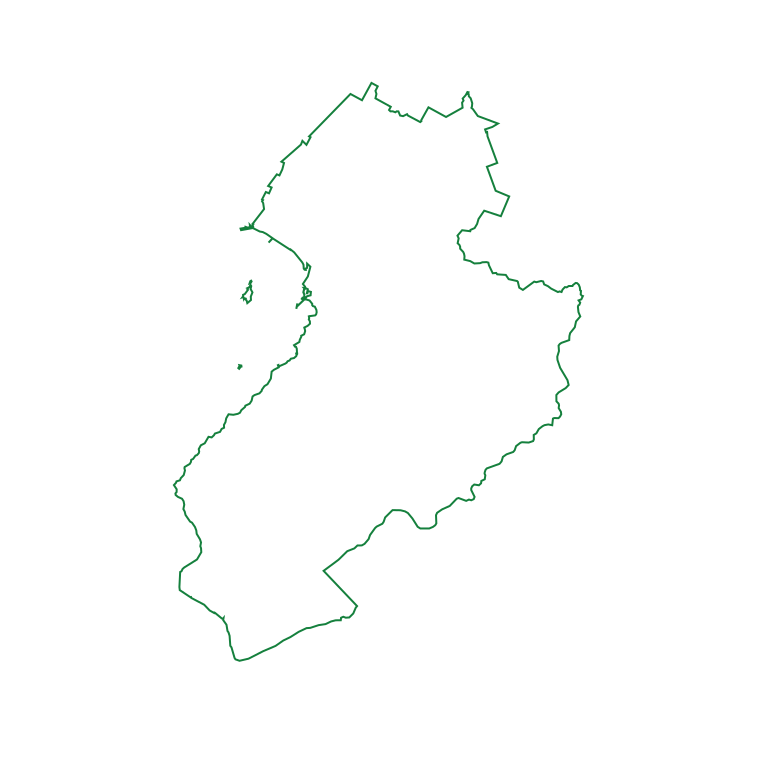 the district of Lower Hutt City, Wellington, New Zealand, rotated 14°
{"feature_id": "76426892B69033052068966", "entity_name": "Lower Hutt City", "entity_type": "district", "adm_level": 2, "iso_a3": "NZL", "parent_name": "New Zealand", "parent_adm1": "Wellington", "projection": "albers", "projection_center": [174.937, -41.285], "detail": "fine", "context": "isolated", "style": "outline", "palette": "green", "viewbox_px": 768, "rotation_deg": 14, "n_neighbors": 0, "source": "geoboundaries", "source_scale": "gbopen_adm2", "svg_char_len": 6139}
<svg xmlns="http://www.w3.org/2000/svg" viewBox="0 0 768 768"><g transform="rotate(14 384 384)"><path d="M555.3,267.2L553.5,262.3L553.5,260.8L554.4,259.9L554.7,257.6L552.6,255.8L555.0,254.1L555.7,250.6L554.8,250.6L553.2,249.5L552.6,246.0L551.7,245.7L550.6,242.8L548.9,240.5L546.9,239.4L545.5,239.6L543.4,242.3L543.2,243.3L539.6,244.2L537.9,246.0L536.1,246.2L534.4,249.2L534.0,251.8L532.0,251.7L530.5,252.7L523.1,251.0L519.4,249.4L515.3,248.6L513.6,246.0L511.6,246.0L507.1,248.4L505.0,248.3L496.0,259.1L491.9,257.8L489.1,252.4L488.2,251.9L479.6,252.1L475.8,248.7L467.3,250.2L466.0,249.1L462.7,250.2L457.1,243.4L455.9,241.0L454.1,240.9L450.0,242.1L448.0,243.5L442.5,245.2L438.0,243.9L431.8,243.9L431.2,240.5L430.1,238.2L428.9,236.7L425.2,234.3L424.6,232.2L423.5,230.8L421.4,229.6L421.2,224.6L419.4,222.3L422.6,215.9L430.7,214.9L430.6,213.6L434.2,210.8L435.6,206.2L435.8,201.0L439.3,191.6L456.8,192.9L460.1,171.7L445.6,169.5L431.3,148.3L440.4,142.1L424.5,118.6L423.1,114.6L422.2,115.2L420.5,112.5L426.9,108.4L431.6,103.7L410.2,101.3L403.8,95.8L402.0,94.9L402.2,93.4L401.7,90.2L399.0,85.8L396.7,84.3L396.1,82.4L395.1,82.4L395.4,80.5L394.3,80.5L393.4,84.0L391.3,88.0L392.6,89.8L391.7,92.1L393.4,96.9L379.6,109.9L360.2,104.8L356.3,119.1L356.7,119.9L355.8,121.1L342.2,117.7L341.1,116.6L337.7,119.5L334.7,119.6L332.0,116.0L330.3,116.4L329.3,117.6L326.5,117.3L324.3,117.9L322.6,116.9L323.5,113.4L306.6,108.9L306.5,104.4L304.8,101.6L305.9,96.7L299.0,94.9L294.0,114.0L281.3,110.7L251.4,161.9L253.0,162.3L250.9,170.7L246.0,167.8L245.5,171.8L230.7,193.1L233.5,193.7L233.4,200.4L232.1,206.9L229.3,206.5L223.7,219.9L227.4,220.5L226.3,226.8L222.9,226.3L221.0,234.5L222.1,234.8L221.5,236.2L223.0,237.7L225.3,243.3L218.1,259.7L218.5,260.3L217.7,260.8L218.8,262.7L216.8,263.2L215.4,262.2L216.2,264.2L212.5,265.7L212.4,265.1L211.5,265.0L211.6,266.0L207.2,267.9L208.1,269.3L219.0,264.4L226.6,266.1L229.6,265.9L233.5,266.8L240.6,269.5L237.8,274.7L240.7,269.6L260.8,276.5L260.9,276.1L265.0,278.0L275.3,285.8L277.0,287.7L278.2,291.4L279.3,292.3L280.5,292.2L280.1,290.9L281.3,289.9L280.3,285.8L284.2,288.0L284.1,298.1L281.1,306.6L283.9,308.7L284.0,309.8L282.9,310.1L283.5,310.5L283.5,314.5L285.6,317.4L283.6,314.1L283.7,310.5L284.4,310.7L284.9,309.9L287.2,310.5L287.2,314.6L287.7,314.5L287.8,312.2L290.8,312.3L291.3,315.7L288.2,317.4L287.1,318.9L285.7,318.6L284.7,317.5L285.6,318.8L287.4,319.1L287.2,319.7L286.8,320.3L284.1,320.4L284.4,319.2L283.3,322.1L284.2,320.5L286.8,320.4L286.1,320.5L286.3,321.0L280.9,329.7L280.4,326.8L280.7,332.3L280.7,330.1L286.4,321.1L288.6,320.8L291.6,321.0L295.0,323.6L295.2,324.8L296.2,325.6L298.2,325.7L300.5,328.5L301.3,330.7L301.3,332.9L300.6,334.1L294.8,336.4L294.3,335.7L295.5,338.2L295.4,339.5L296.9,341.1L297.6,343.4L295.8,346.1L292.4,349.0L293.3,348.8L294.7,351.7L294.5,355.1L292.0,357.2L292.3,358.1L291.6,361.4L291.7,363.7L287.3,368.1L288.6,369.3L289.6,369.2L290.8,370.8L292.3,375.6L290.4,375.8L292.3,375.6L292.1,378.2L290.4,380.6L287.5,382.0L286.7,384.0L284.9,385.3L284.5,386.7L283.4,388.0L277.4,392.6L276.9,391.1L276.5,391.4L277.8,393.3L273.7,396.9L272.0,399.2L272.9,406.1L271.0,412.4L268.5,415.0L266.9,419.1L267.0,420.2L265.4,423.2L261.0,426.1L259.5,427.9L259.6,432.2L258.4,435.6L254.7,438.6L254.7,439.9L251.9,443.9L251.2,446.7L249.4,448.3L245.3,450.3L240.5,451.0L239.2,455.5L239.4,459.4L238.6,462.4L239.4,465.1L237.3,466.9L236.5,470.1L231.9,473.0L231.4,474.9L229.7,477.5L226.5,477.7L224.4,484.9L221.1,487.8L220.0,492.0L221.0,494.2L221.0,495.9L219.7,498.3L218.4,499.1L216.9,502.9L215.3,504.2L215.5,506.4L214.9,508.5L210.7,512.7L210.7,513.9L211.8,516.1L211.7,520.8L209.6,524.5L209.3,526.8L206.2,528.7L206.1,530.1L204.6,532.9L208.3,536.3L208.9,539.0L208.1,540.6L208.7,542.1L211.4,543.4L215.8,544.2L217.9,546.2L219.4,549.5L219.6,553.9L221.5,556.0L223.1,559.1L229.1,564.4L231.3,565.0L235.2,568.5L237.3,571.5L238.5,574.7L243.0,579.2L244.8,582.0L245.0,585.8L246.2,587.6L247.4,591.4L245.0,599.5L234.6,610.3L233.3,612.2L232.8,614.7L231.7,615.7L234.6,630.5L235.7,633.4L247.7,637.7L248.3,637.4L248.8,638.2L263.0,641.7L269.6,645.9L274.6,647.3L274.7,646.8L275.3,646.9L283.5,650.8L284.5,650.7L284.9,649.9L285.1,652.0L289.4,655.7L291.9,661.5L293.2,662.6L295.1,665.7L298.2,675.2L299.7,676.4L305.3,686.0L306.5,687.1L310.8,687.5L319.0,683.3L331.5,672.4L342.1,664.4L348.3,657.3L354.4,652.2L361.2,645.1L367.9,639.6L371.4,638.5L378.9,633.8L385.4,631.1L390.1,627.2L394.2,625.0L399.2,623.7L398.9,621.2L400.8,619.7L403.5,620.0L406.8,618.9L409.7,614.1L410.7,607.9L411.6,606.0L370.6,579.9L382.4,565.5L388.8,555.1L395.0,550.7L397.3,547.1L401.5,546.0L403.8,543.8L406.6,538.2L407.0,533.9L410.2,525.9L411.4,524.1L416.2,520.0L417.0,517.8L417.4,513.2L422.8,504.3L430.6,502.5L435.2,502.5L438.4,503.4L444.1,507.6L451.2,514.4L454.2,515.4L462.9,513.2L466.1,510.8L467.9,508.6L468.5,506.6L466.2,498.7L466.7,496.1L470.8,491.5L477.3,486.4L482.3,477.7L483.9,476.6L492.0,477.5L494.4,475.6L496.8,475.7L498.9,474.0L499.2,471.6L494.3,465.8L493.9,464.2L494.3,461.9L495.9,459.7L500.6,459.3L502.2,456.9L501.9,454.5L504.8,452.1L504.4,448.0L503.3,446.7L503.1,445.3L503.3,442.7L504.2,441.0L515.4,433.5L516.8,430.7L517.0,426.0L519.9,422.6L525.8,418.7L526.8,416.7L527.2,412.3L530.6,408.0L532.0,407.1L538.6,405.8L542.5,403.3L542.8,401.5L541.6,397.2L543.8,395.0L545.1,390.3L548.0,386.6L549.7,385.1L553.2,383.5L557.2,383.3L556.3,376.7L557.3,375.9L561.6,374.9L562.7,373.0L563.3,370.5L562.4,368.2L559.3,365.1L559.0,362.3L558.2,360.8L555.5,359.1L553.9,353.0L555.5,349.9L561.3,344.0L563.4,340.3L561.1,335.9L551.0,325.7L546.5,318.7L545.5,315.6L545.8,309.7L544.1,304.5L544.9,302.6L546.3,301.1L553.1,296.6L552.3,292.6L552.3,289.6L555.4,282.8L555.2,276.8L558.1,271.0L555.3,267.2ZM230.5,320.1L229.9,322.6L228.4,323.9L228.9,324.0L228.5,325.1L229.2,325.6L227.2,330.4L225.7,331.6L226.1,333.0L225.7,334.0L226.4,333.5L227.3,335.2L227.4,334.5L229.1,334.6L228.9,335.4L230.5,336.2L231.8,338.6L234.6,334.7L233.6,331.4L234.2,326.9L231.6,324.1L231.5,321.1L230.5,320.1ZM241.1,400.6L239.1,400.7L239.5,401.3L238.8,403.8L239.8,404.3L240.7,402.1L241.5,401.6L241.1,400.6ZM230.7,316.5L230.1,315.9L229.4,316.6L229.2,318.9L230.2,318.2L230.7,316.5Z" fill="none" stroke="#15803d" stroke-width="2"/></g></svg>